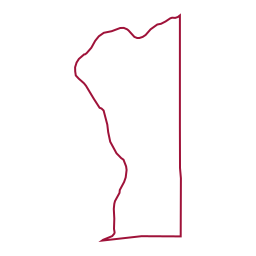 the district of Hancock, West Virginia, United States of America
{"feature_id": "52423323B20661288428578", "entity_name": "Hancock", "entity_type": "district", "adm_level": 2, "iso_a3": "USA", "parent_name": "United States of America", "parent_adm1": "West Virginia", "projection": "equal_earth", "projection_center": [-80.596, 40.517], "detail": "fine", "context": "isolated", "style": "outline", "palette": "rose", "viewbox_px": 256, "rotation_deg": 0, "n_neighbors": 0, "source": "geoboundaries", "source_scale": "gbopen_adm2", "svg_char_len": 911}
<svg xmlns="http://www.w3.org/2000/svg" viewBox="0 0 256 256"><path d="M75.1,67.3L75.2,71.4L75.8,75.5L78.8,78.7L84.0,83.3L86.0,85.8L93.8,98.8L99.6,107.8L101.5,108.5L103.6,110.5L107.3,124.6L108.2,132.2L110.2,141.7L116.5,153.3L121.2,158.1L123.5,159.7L126.1,166.4L126.6,170.0L125.7,177.4L124.1,182.0L119.8,190.0L119.5,192.9L115.0,201.1L114.3,203.8L113.8,208.9L114.3,218.8L114.0,228.9L114.6,232.4L114.3,233.6L112.2,236.1L103.1,239.8L102.0,240.6L141.4,236.2L180.7,236.4L180.9,178.3L180.0,167.9L180.0,164.5L179.9,127.0L179.9,88.5L179.9,60.3L179.9,36.1L179.9,15.4L177.9,17.0L175.2,17.9L172.1,17.7L170.3,18.3L165.5,21.5L161.0,23.8L157.3,24.5L150.6,29.3L145.6,35.0L142.7,36.9L139.3,38.0L137.1,38.0L134.4,36.9L128.5,30.4L127.1,29.3L123.8,27.9L120.2,28.0L111.7,31.2L103.8,32.8L98.8,36.3L95.2,40.8L91.3,47.8L86.5,53.3L84.9,54.4L84.1,54.4L78.9,58.9L76.6,62.5L75.1,67.3Z" fill="none" stroke="#9f1239" stroke-width="2"/></svg>